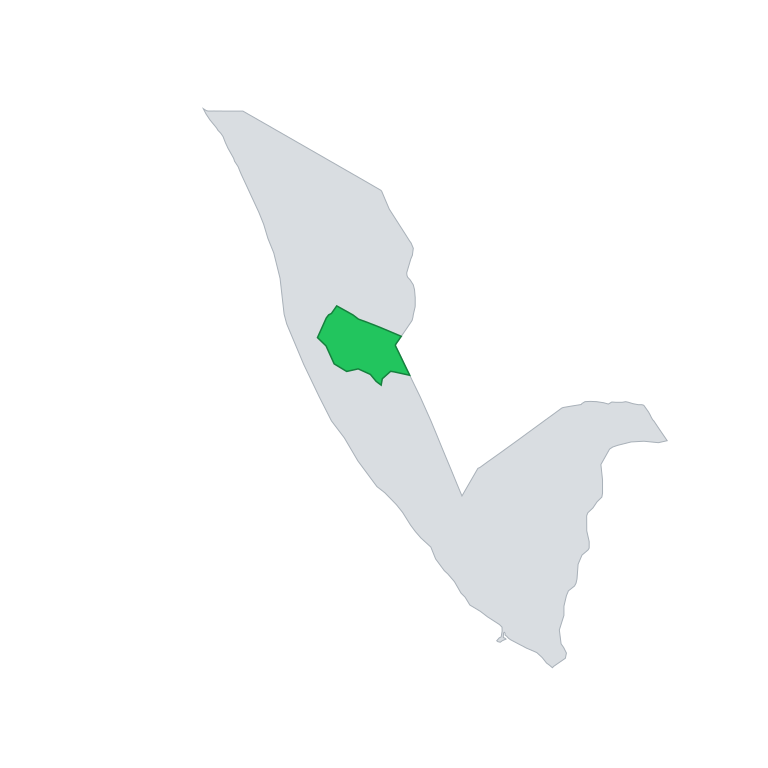 Hiiraan on a map of Somalia (Equal Earth projection), rotated 120°
{"feature_id": "SOM-2409", "entity_name": "Hiiraan", "entity_type": "Region", "adm_level": 1, "iso_a3": "SOM", "parent_name": "Somalia", "parent_adm1": "", "projection": "equal_earth", "projection_center": [45.352, 4.37], "detail": "fine", "context": "in_parent", "style": "filled", "palette": "green", "viewbox_px": 768, "rotation_deg": 120, "n_neighbors": 0, "source": "natural_earth", "source_scale": "10m", "svg_char_len": 3000}
<svg xmlns="http://www.w3.org/2000/svg" viewBox="0 0 768 768"><g transform="rotate(120 384 384)"><path d="M236.1,674.7L235.6,672.9L232.5,667.6L226.9,657.7L222.6,650.3L218.2,642.6L218.2,636.5L218.1,618.3L218.0,582.0L217.9,545.6L217.8,509.2L217.8,491.0L217.8,483.6L218.2,482.4L223.3,475.7L229.9,466.9L238.6,450.1L243.3,441.0L247.3,433.4L248.3,431.1L251.8,426.5L258.3,423.8L262.4,423.3L276.4,419.9L278.4,418.5L279.7,416.9L280.8,413.3L283.5,408.2L287.1,404.7L293.7,400.1L300.3,396.3L301.7,395.6L309.6,393.2L311.5,392.4L314.7,391.5L315.9,391.5L326.9,392.3L335.4,393.0L344.2,393.7L345.1,393.2L351.3,384.1L361.0,369.8L367.3,360.6L376.9,346.4L384.3,336.2L392.5,324.9L400.4,314.6L410.0,302.2L416.0,294.4L425.3,282.2L434.2,270.7L442.0,260.5L431.2,260.5L420.6,260.5L410.1,260.5L408.3,259.2L399.5,255.3L388.4,250.2L374.6,244.0L364.8,239.6L354.3,235.0L343.7,230.3L335.3,226.6L325.0,222.0L315.9,218.0L314.7,217.0L309.7,211.0L303.2,203.0L301.9,202.8L298.8,201.1L296.0,196.8L293.1,191.3L290.4,184.4L289.2,179.7L285.7,177.7L283.9,174.0L280.7,168.5L278.5,165.9L277.7,163.5L276.6,158.7L274.8,153.5L273.0,150.3L272.6,148.9L272.7,148.0L276.0,140.9L277.5,138.4L279.2,135.9L280.6,133.5L281.1,131.8L285.2,123.5L288.7,116.2L291.5,110.4L297.6,117.0L303.6,130.3L310.6,141.0L320.3,151.0L324.2,154.4L327.6,156.1L345.3,155.9L357.8,146.8L369.2,140.2L373.0,138.8L379.6,140.6L386.9,141.1L393.5,143.1L396.8,142.6L409.8,135.0L417.9,127.5L423.5,124.3L425.6,124.3L433.2,127.0L443.0,125.8L456.3,119.4L460.5,118.1L463.7,118.0L471.0,120.9L472.1,120.7L476.1,120.2L486.4,117.1L494.4,112.5L509.3,109.2L520.5,100.7L522.4,96.6L525.8,91.5L530.8,89.8L543.5,95.8L545.5,96.3L544.8,100.0L544.4,103.7L541.8,110.2L540.2,117.4L541.5,128.5L542.2,146.5L541.9,149.1L541.1,151.6L540.8,153.7L539.4,154.4L538.8,155.5L539.8,156.0L543.8,154.0L543.7,151.9L543.9,150.8L547.2,153.2L549.5,154.2L550.2,156.5L550.0,158.0L546.3,157.3L544.4,156.1L539.0,158.1L535.6,160.2L534.6,163.7L533.9,177.8L532.7,187.0L532.5,199.1L528.1,207.1L526.6,212.7L520.0,224.1L516.6,233.7L515.5,238.5L509.7,251.8L501.8,261.9L498.9,275.0L496.1,283.1L492.9,290.5L485.9,303.7L482.3,312.9L477.8,328.8L476.4,338.8L463.7,368.1L450.5,391.4L442.2,411.1L427.4,433.8L407.2,463.3L380.7,498.2L373.5,505.4L344.4,526.9L325.6,545.0L316.0,557.3L305.9,568.0L297.9,578.2L273.7,612.6L271.2,615.9L268.8,618.9L265.8,624.8L263.7,627.1L257.9,636.9L254.3,642.0L250.2,647.1L248.5,650.6L247.3,654.7L246.0,657.0L242.3,666.8L239.1,673.2L235.9,678.2L236.1,674.7Z" fill="#d9dde1" stroke="#a8b0b8" stroke-width="1"/><path d="M344.2,393.7L345.2,393.2L347.7,389.5L349.5,386.8L352.9,381.8L356.4,376.7L359.8,371.7L363.2,366.6L363.6,366.1L368.4,381.2L369.7,384.6L380.3,388.1L386.4,385.9L385.7,392.0L382.5,400.6L383.8,413.9L391.8,422.6L391.5,437.2L381.6,451.0L380.0,453.2L377.1,464.8L355.7,467.0L351.8,466.5L349.2,464.8L340.0,464.0L339.7,445.4L340.6,438.5L339.0,429.5L336.8,414.8L334.1,392.9L335.9,393.1L337.5,393.2L339.2,393.3L340.8,393.5L342.5,393.6L344.2,393.7Z" fill="#22c55e" stroke="#15803d" stroke-width="1.5"/></g></svg>